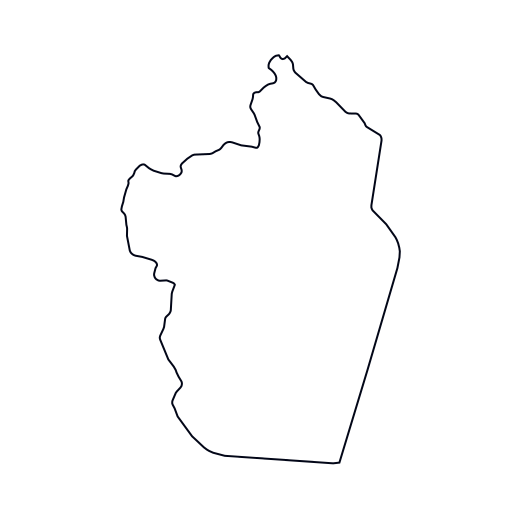 the Region of Ar Riyad, rotated 11°
{"feature_id": "SAU-1097", "entity_name": "Ar Riyad", "entity_type": "Region", "adm_level": 1, "iso_a3": "SAU", "parent_name": "Saudi Arabia", "parent_adm1": "", "projection": "albers", "projection_center": [44.266, 23.395], "detail": "fine", "context": "isolated", "style": "outline", "palette": "ink", "viewbox_px": 512, "rotation_deg": 11, "n_neighbors": 0, "source": "natural_earth", "source_scale": "10m", "svg_char_len": 3669}
<svg xmlns="http://www.w3.org/2000/svg" viewBox="0 0 512 512"><g transform="rotate(11 256 256)"><path d="M234.9,149.8L235.8,149.7L236.6,149.4L237.1,148.6L237.4,147.7L237.7,146.7L237.7,145.3L237.7,143.6L237.3,140.6L236.8,138.9L236.2,137.5L234.9,135.3L234.6,134.1L234.8,132.7L235.3,130.5L235.1,128.9L235.0,128.7L231.6,124.2L227.7,117.7L226.7,116.4L223.2,112.9L222.5,112.0L222.0,111.0L221.8,110.0L221.8,109.0L222.7,102.6L222.7,100.5L222.4,98.3L222.5,97.2L223.3,96.1L224.3,95.5L225.3,95.1L227.0,94.8L227.5,94.5L228.3,93.8L231.4,89.2L233.1,87.3L235.0,85.5L236.1,84.8L237.2,84.2L239.3,83.4L240.3,82.9L241.2,82.2L241.7,81.4L242.0,80.6L242.2,80.0L242.2,79.9L242.2,79.1L242.1,78.2L241.9,77.2L241.5,76.2L240.9,75.1L240.1,74.1L239.3,73.2L237.5,71.7L235.5,70.4L232.7,69.1L232.4,68.5L232.0,66.8L231.9,65.8L232.0,64.7L232.1,63.8L232.6,62.3L233.2,60.7L234.4,58.8L235.5,57.3L236.9,56.0L237.5,55.6L240.1,54.6L240.9,55.3L241.1,55.5L241.9,56.5L242.7,57.1L243.6,57.5L244.6,57.6L245.7,57.1L246.6,56.5L248.4,53.9L248.8,54.2L252.6,56.9L254.4,58.6L255.1,59.6L255.7,60.8L256.9,65.0L257.5,66.3L258.6,67.6L259.6,68.5L271.9,75.6L273.9,76.2L277.1,76.4L278.1,76.6L279.1,77.1L279.9,77.9L282.7,81.1L286.9,85.1L288.8,86.3L289.7,86.8L291.6,87.1L298.8,87.3L300.7,87.6L302.6,88.3L305.4,89.8L316.3,97.4L317.3,97.8L318.4,98.2L319.4,98.3L320.4,98.3L326.9,97.1L328.0,97.1L329.0,97.4L329.9,98.0L337.3,104.9L338.5,106.8L339.3,107.7L340.2,108.2L354.3,113.5L354.9,113.9L355.5,114.5L356.1,115.4L356.6,116.3L356.9,117.2L357.2,118.7L359.6,184.2L360.0,186.4L360.4,187.1L361.0,188.1L361.8,189.0L377.8,200.0L389.3,211.0L391.1,213.3L393.1,216.4L395.1,220.6L396.3,224.0L397.1,230.0L397.1,240.9L387.2,346.5L377.3,442.9L371.3,444.8L263.5,458.1L251.5,457.3L247.2,456.3L244.7,455.4L241.4,453.8L228.5,445.7L227.7,445.2L209.7,428.5L205.2,421.1L202.6,417.9L201.9,416.7L201.6,415.2L201.6,414.0L203.4,405.6L204.3,403.8L207.0,399.5L207.3,398.7L207.7,397.7L207.7,396.5L207.7,395.7L207.4,394.6L206.8,393.4L203.0,389.2L200.3,385.6L198.9,383.2L196.4,380.3L189.7,374.3L177.9,356.4L177.4,355.4L177.1,354.4L177.1,353.3L177.2,352.4L179.0,345.3L179.3,343.2L178.8,335.0L178.9,334.0L179.3,333.0L179.9,332.1L181.2,330.3L181.8,329.4L182.2,328.4L182.5,327.4L182.7,326.4L182.7,325.4L180.5,309.1L180.6,307.0L181.8,299.9L181.8,299.7L181.1,298.9L180.3,298.4L179.3,298.1L174.0,297.1L173.0,297.0L172.0,297.2L166.6,298.6L165.6,298.7L164.6,298.6L162.6,297.9L161.6,297.2L160.7,296.3L159.7,294.5L159.4,293.2L159.4,292.1L159.7,287.1L160.4,285.0L160.6,284.1L160.4,283.1L159.7,282.0L158.5,281.0L157.4,280.4L156.3,280.0L154.3,279.6L144.5,278.6L137.6,278.7L135.9,278.4L135.0,278.1L134.0,277.6L133.0,277.0L132.2,276.3L131.6,275.5L131.1,274.8L125.5,260.9L124.3,253.9L123.9,252.6L122.8,250.1L120.5,242.3L119.7,240.8L118.8,239.8L117.9,239.1L116.3,238.0L115.8,237.6L115.3,236.9L114.9,235.9L114.9,232.8L115.4,228.2L115.3,223.7L116.0,215.3L116.8,211.7L117.0,209.8L117.0,208.7L116.4,207.0L116.3,206.7L116.4,205.9L116.7,205.2L117.4,204.0L119.5,201.3L119.6,201.2L120.2,199.8L120.7,197.6L120.8,195.9L121.6,194.1L124.6,189.6L125.3,189.0L126.5,188.1L127.5,187.7L128.5,187.5L129.5,187.7L134.2,190.2L136.1,190.9L139.2,191.8L147.3,192.7L149.5,192.7L155.8,191.8L157.9,191.9L161.3,192.9L162.2,193.0L163.1,192.7L164.1,192.2L165.2,191.3L166.1,190.1L166.9,188.3L166.9,187.0L166.6,185.8L165.5,183.8L165.0,182.8L164.9,181.8L165.1,180.7L165.7,179.3L170.0,173.6L174.2,169.4L175.3,168.7L176.4,168.2L191.1,164.7L192.9,163.9L194.0,163.1L196.4,160.9L199.5,158.8L200.4,157.9L201.3,156.5L202.9,153.2L204.1,151.6L204.8,150.9L205.4,150.4L206.1,149.9L207.0,149.5L208.0,149.2L209.0,149.0L211.0,149.0L220.4,150.2L230.9,149.5L234.9,149.8Z" fill="none" stroke="#020617" stroke-width="2"/></g></svg>